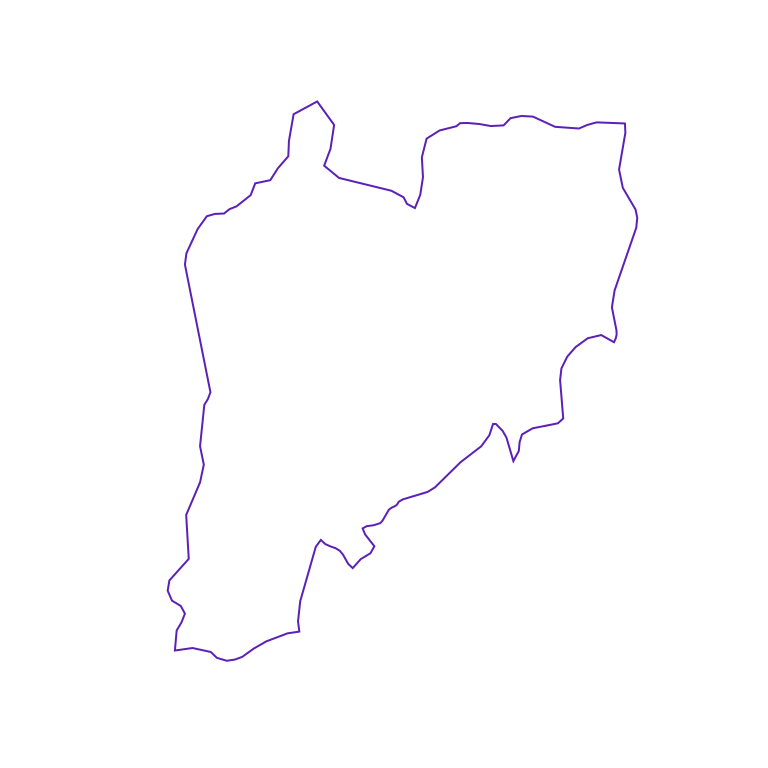 the border of Samtskhe-Javakheti, rotated 281°
{"feature_id": "GEO-3038", "entity_name": "Samtskhe-Javakheti", "entity_type": "Region", "adm_level": 1, "iso_a3": "GEO", "parent_name": "Georgia", "parent_adm1": "", "projection": "mercator", "projection_center": [43.25, 41.511], "detail": "fine", "context": "isolated", "style": "outline", "palette": "violet", "viewbox_px": 768, "rotation_deg": 281, "n_neighbors": 0, "source": "natural_earth", "source_scale": "10m", "svg_char_len": 1753}
<svg xmlns="http://www.w3.org/2000/svg" viewBox="0 0 768 768"><g transform="rotate(281 384 384)"><path d="M222.9,405.5L215.3,403.0L207.7,394.6L197.3,388.4L200.7,383.1L208.7,376.3L211.9,372.4L213.6,367.6L214.4,362.2L215.7,356.8L218.9,351.8L211.2,348.1L154.8,343.2L134.5,344.9L126.5,347.6L124.8,348.1L120.8,336.8L109.0,317.7L99.5,306.7L89.0,296.8L85.0,290.1L82.3,282.4L83.3,272.2L87.9,265.1L88.3,246.4L84.3,234.9L82.5,229.6L102.5,227.5L111.4,230.7L120.6,232.4L127.3,226.9L130.9,217.2L139.8,211.1L150.2,210.8L175.1,225.7L217.7,214.8L252.4,222.2L270.5,222.5L287.8,215.3L329.2,211.6L336.0,214.1L342.8,215.2L463.2,165.8L474.5,165.1L500.6,171.5L514.9,178.1L518.7,185.6L520.8,194.4L526.2,199.0L530.2,205.3L544.0,217.1L556.4,219.3L562.4,233.5L575.4,238.6L589.3,246.6L604.5,244.3L631.6,243.8L648.6,264.5L628.8,285.6L604.7,286.6L586.9,283.6L577.7,300.5L575.1,354.4L571.0,367.6L565.2,372.2L562.6,380.8L576.7,383.5L594.4,382.8L613.8,377.9L633.0,379.0L643.5,390.2L650.8,405.8L654.6,409.0L656.2,416.4L657.4,428.0L657.6,439.7L660.7,452.1L669.1,457.5L673.3,467.7L674.9,479.2L669.1,502.9L672.0,526.6L677.2,534.3L681.4,542.8L685.7,570.6L685.7,570.8L676.7,573.0L639.4,573.8L622.1,581.0L603.3,597.6L595.4,600.9L585.5,601.8L519.8,592.5L502.7,593.1L480.9,602.0L477.0,602.9L473.0,602.8L468.9,601.8L473.5,587.9L467.8,575.3L456.9,565.1L445.9,558.7L433.2,555.2L421.5,556.1L384.4,566.5L378.6,562.2L368.9,538.4L360.8,529.1L352.8,528.2L344.0,529.1L333.0,525.7L354.8,514.4L360.7,509.3L366.1,501.5L365.6,498.7L353.8,497.2L341.4,491.3L321.9,474.1L292.3,453.8L286.4,447.4L274.4,424.6L271.3,421.0L267.7,419.6L265.7,417.5L264.1,415.1L261.6,412.8L249.8,408.7L246.7,406.9L243.4,400.8L241.1,394.1L238.2,390.6L232.8,394.1L222.9,405.5Z" fill="none" stroke="#5b21b6" stroke-width="2"/></g></svg>